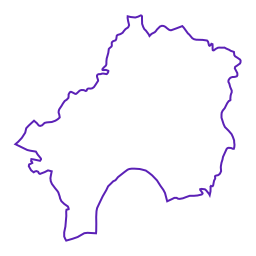 outline of Phu Tho, Phú Thọ, Vietnam
{"feature_id": "81297802B95846226867008", "entity_name": "Phu Tho", "entity_type": "district", "adm_level": 2, "iso_a3": "VNM", "parent_name": "Vietnam", "parent_adm1": "Phú Thọ", "projection": "albers", "projection_center": [105.237, 21.414], "detail": "fine", "context": "isolated", "style": "outline", "palette": "violet", "viewbox_px": 256, "rotation_deg": 0, "n_neighbors": 0, "source": "geoboundaries", "source_scale": "gbopen_adm2", "svg_char_len": 4089}
<svg xmlns="http://www.w3.org/2000/svg" viewBox="0 0 256 256"><path d="M234.5,144.8L234.2,142.5L234.1,140.4L232.9,137.0L231.6,134.2L228.7,130.8L226.7,128.8L224.9,127.0L223.6,124.2L222.5,120.8L221.5,117.7L221.5,114.6L221.7,112.7L222.7,110.6L224.7,108.2L227.2,103.2L228.7,101.1L230.1,100.4L230.5,99.9L230.3,99.1L230.6,95.7L231.0,94.1L231.7,92.3L231.7,90.5L230.2,87.0L229.3,83.6L228.4,81.9L228.5,80.3L229.4,78.8L230.5,77.7L232.4,77.0L233.5,77.0L234.8,76.9L236.8,76.3L237.4,75.2L237.3,73.1L234.9,68.5L234.8,68.2L235.2,66.8L236.8,65.8L240.0,63.5L240.5,62.3L240.6,60.7L240.1,59.6L237.5,57.8L235.1,56.3L234.3,55.1L234.2,54.2L233.9,51.9L230.7,50.8L229.3,49.9L226.1,48.5L224.5,47.6L222.7,47.7L219.4,47.6L218.0,47.7L215.5,49.0L214.6,49.8L213.7,50.4L212.8,50.2L212.6,49.0L212.6,45.6L212.5,44.2L211.4,43.8L210.7,45.0L209.7,45.8L209.0,45.4L208.4,43.0L208.0,41.6L207.0,40.5L202.6,39.9L196.2,39.7L194.0,39.2L192.3,38.2L189.2,34.5L187.9,33.4L185.6,30.2L183.7,27.6L182.3,26.1L176.3,28.4L172.4,29.8L171.3,30.2L170.3,30.2L169.1,29.8L167.2,28.4L165.3,26.8L163.7,26.0L161.9,25.8L160.0,26.5L156.9,29.6L156.1,30.8L154.8,32.2L151.5,33.9L149.5,36.0L148.8,34.5L145.9,30.6L144.3,29.1L143.2,26.9L142.1,23.8L142.1,22.9L142.0,19.5L142.0,17.3L142.0,16.3L141.5,15.6L140.8,15.4L138.0,16.7L135.3,17.5L130.6,17.0L127.7,16.3L127.6,17.9L128.1,21.0L129.1,25.1L128.7,26.2L128.1,27.4L125.5,29.1L123.8,31.1L122.6,32.8L120.4,34.1L117.7,34.9L116.8,35.6L116.5,37.4L116.3,38.9L115.6,40.3L113.1,41.2L111.9,42.3L111.7,43.2L111.8,44.7L111.8,45.8L111.4,46.6L109.5,48.2L108.8,49.0L108.3,52.8L107.2,56.8L106.7,58.5L106.4,61.3L106.4,63.0L106.3,64.6L105.8,65.7L104.5,66.8L102.7,68.7L102.4,69.3L102.6,70.0L103.8,70.1L105.8,69.9L107.5,70.5L108.3,70.8L108.3,71.7L107.9,72.7L107.1,73.8L106.5,74.1L105.3,73.9L103.6,73.6L102.1,73.6L100.7,74.1L98.5,74.2L97.5,74.7L97.0,75.6L97.0,76.6L97.3,77.7L98.0,79.8L98.1,80.8L95.9,84.2L94.0,87.0L92.4,88.2L90.8,88.6L88.8,88.5L87.8,88.7L87.1,89.3L86.6,90.6L85.8,91.0L83.7,90.1L81.6,90.0L80.5,90.3L79.6,90.7L77.3,92.9L76.2,93.8L75.3,93.9L72.0,92.2L70.9,91.8L69.8,92.3L68.6,94.4L68.6,96.4L68.4,97.9L66.7,99.7L64.7,101.0L63.0,103.4L61.4,106.1L60.3,107.7L59.2,109.4L58.7,111.0L58.6,112.6L59.3,114.8L59.7,117.2L59.7,117.5L57.8,119.2L55.4,120.7L51.8,122.0L46.8,122.4L44.6,122.9L42.1,125.3L40.3,125.9L39.2,125.7L38.5,125.2L36.9,123.2L34.0,120.7L28.8,125.5L27.1,127.3L26.2,128.3L25.6,131.0L25.2,132.7L21.9,137.8L18.3,141.7L15.4,144.2L27.3,150.0L30.3,150.7L35.9,151.6L37.7,154.6L40.6,158.1L41.0,158.8L41.0,159.4L40.0,160.8L33.5,159.4L31.4,159.1L31.1,161.1L32.1,162.1L32.3,163.0L29.1,164.5L28.8,166.2L31.1,170.3L33.7,172.3L35.1,171.4L36.5,171.1L38.2,171.8L38.9,173.3L40.0,173.9L41.0,173.5L44.7,172.1L48.0,170.4L51.7,171.3L50.8,175.8L50.4,178.3L50.6,179.5L50.7,181.0L51.9,183.9L55.1,188.2L57.4,191.0L58.3,192.4L59.7,196.5L60.1,198.4L61.4,201.2L64.2,203.9L67.9,206.5L68.6,208.3L68.6,209.2L66.5,209.7L66.2,211.4L66.3,216.0L65.4,226.6L64.2,232.3L64.2,236.5L65.1,238.6L66.2,240.6L72.2,238.9L77.7,237.0L79.2,236.1L84.3,233.2L87.6,232.8L96.0,233.3L96.2,231.2L96.3,223.8L96.2,217.0L96.5,211.1L97.1,208.1L99.4,203.2L102.7,196.3L106.3,190.1L108.1,186.3L110.6,183.9L113.2,181.3L115.5,180.2L118.0,177.1L124.5,172.0L127.6,169.7L129.3,169.0L131.5,168.7L133.7,168.7L134.9,168.7L139.6,169.0L141.8,169.5L145.2,170.4L145.7,170.5L148.7,172.6L152.1,175.3L157.0,180.4L160.5,185.9L163.3,189.8L165.0,193.0L167.2,201.3L171.7,199.2L174.3,197.9L176.7,197.9L178.0,198.7L179.6,198.9L182.9,198.3L185.5,197.3L189.7,195.8L193.9,195.8L197.4,195.5L199.2,195.1L201.7,194.5L202.6,193.6L202.5,193.0L201.2,191.2L200.2,189.9L200.2,189.2L201.5,188.9L203.3,189.1L204.9,189.3L206.1,190.3L209.2,194.1L209.7,195.1L210.5,191.4L210.6,187.6L210.5,186.6L211.0,185.9L211.6,186.2L212.6,186.2L213.2,185.2L213.6,182.9L214.1,180.6L214.8,179.3L215.2,178.5L215.1,177.0L215.0,176.5L215.3,175.9L216.3,175.5L218.0,175.2L218.9,174.6L219.9,173.7L220.5,172.5L221.1,171.1L220.8,167.6L220.9,166.0L221.5,162.7L222.5,159.5L223.0,156.9L226.6,149.0L227.5,148.1L228.6,147.8L231.0,148.0L232.9,148.8L233.8,148.8L234.3,147.1L234.5,144.8Z" fill="none" stroke="#5b21b6" stroke-width="2"/></svg>